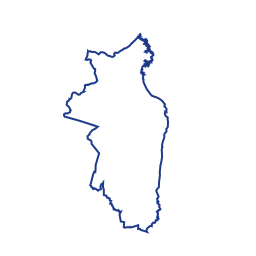 outline of Hå nor, Rogaland, Norway, rotated 214°
{"feature_id": "86288312B80331552977224", "entity_name": "Hå nor", "entity_type": "district", "adm_level": 2, "iso_a3": "NOR", "parent_name": "Norway", "parent_adm1": "Rogaland", "projection": "orthographic", "projection_center": [5.745, 58.591], "detail": "fine", "context": "isolated", "style": "outline", "palette": "blue", "viewbox_px": 256, "rotation_deg": 214, "n_neighbors": 0, "source": "geoboundaries", "source_scale": "gbopen_adm2", "svg_char_len": 5844}
<svg xmlns="http://www.w3.org/2000/svg" viewBox="0 0 256 256"><g transform="rotate(214 128 128)"><path d="M81.7,46.5L78.5,47.8L76.0,43.4L74.8,43.7L73.2,45.3L71.2,46.5L71.0,47.2L70.2,47.1L69.0,48.2L65.2,53.1L63.8,51.3L63.2,49.9L62.5,50.2L61.6,51.0L60.3,50.7L54.2,52.5L54.7,52.7L54.4,53.1L54.9,52.8L55.4,53.4L55.8,54.8L55.9,56.1L54.8,59.2L54.3,59.7L53.4,59.9L54.4,61.5L54.4,62.4L54.2,62.6L54.2,63.6L52.8,64.3L52.7,65.5L53.3,66.4L53.3,66.9L53.1,67.4L52.3,67.9L52.6,68.1L52.3,68.4L52.4,69.0L52.0,69.5L51.9,70.0L52.5,70.6L52.4,70.4L52.7,69.8L53.8,69.9L54.0,70.6L53.3,70.7L53.7,71.1L53.6,71.5L54.9,72.6L55.1,73.6L55.4,74.0L57.1,74.6L56.6,75.7L57.1,75.9L57.1,76.2L56.6,76.6L56.6,77.0L55.9,78.1L55.7,78.8L57.8,79.8L58.3,80.4L58.3,81.0L59.1,82.0L61.2,82.0L61.8,82.6L61.6,83.2L62.1,82.7L62.3,82.9L61.8,83.4L61.4,83.2L61.4,83.8L61.9,84.2L63.2,84.5L64.3,85.6L64.1,86.6L64.3,88.3L69.1,91.4L69.5,91.9L69.7,93.6L69.3,95.8L69.6,96.6L72.2,100.9L75.3,107.1L76.6,108.4L77.3,109.9L80.2,115.1L81.0,117.5L83.8,123.5L88.0,129.0L88.9,130.9L88.7,131.2L89.3,130.7L88.8,131.4L90.0,132.5L90.4,133.3L91.7,136.8L92.5,140.1L93.1,141.3L94.3,142.7L94.5,143.8L94.4,145.2L94.1,146.2L94.5,147.2L95.7,148.5L95.7,149.0L95.5,150.0L95.7,151.3L98.4,155.7L100.4,157.7L100.6,158.7L101.7,159.1L102.9,158.9L103.8,159.2L105.6,160.6L105.8,161.0L105.5,161.0L105.7,162.0L105.2,162.3L105.6,162.5L105.1,162.6L104.9,162.2L104.9,162.6L105.5,162.9L105.8,163.7L105.8,164.0L106.6,165.2L109.0,166.3L110.0,166.3L110.4,167.0L110.6,168.3L114.8,169.6L118.4,169.8L122.2,169.2L123.5,168.6L124.8,168.6L125.8,168.1L128.0,168.5L134.2,170.7L140.5,174.5L141.5,175.5L142.2,176.9L143.0,177.0L143.2,177.5L143.7,177.8L144.2,179.5L144.9,180.0L144.7,180.6L145.1,180.5L145.1,180.8L145.5,180.5L145.1,181.1L145.7,180.7L145.2,181.1L146.0,181.0L145.7,181.3L145.7,181.6L145.1,181.7L145.7,181.8L146.5,180.9L146.3,181.3L147.0,181.2L146.7,181.4L146.6,181.7L147.0,181.4L147.3,181.7L146.7,181.9L146.7,182.3L147.2,182.1L147.4,181.6L147.8,182.1L148.0,181.7L147.8,181.6L148.2,181.6L148.2,181.9L147.8,182.3L148.7,182.7L148.9,183.4L149.2,183.5L148.9,184.2L149.1,184.2L149.6,185.0L150.1,186.3L150.2,187.7L150.0,188.3L149.5,188.6L148.6,188.6L149.3,189.5L149.8,189.8L149.8,190.2L147.7,189.8L147.5,190.1L148.2,190.3L147.4,190.5L147.8,190.8L148.1,191.8L148.9,191.9L148.8,192.4L149.2,192.1L151.0,192.9L151.8,192.8L151.6,193.7L149.7,193.4L149.6,193.5L149.9,193.9L149.2,193.9L149.3,193.5L149.0,193.1L148.3,192.9L148.6,192.8L148.1,192.3L146.9,192.3L146.7,192.7L146.1,191.3L146.2,190.5L145.8,190.4L145.7,191.1L146.3,193.4L147.4,194.4L147.3,195.1L148.1,195.8L146.1,195.2L145.8,195.3L146.8,195.9L146.8,196.1L146.4,196.2L146.4,197.0L145.7,196.8L145.7,198.1L146.1,198.4L147.0,199.2L147.9,199.0L148.4,199.4L148.6,199.8L148.2,200.2L148.2,200.6L148.4,201.2L148.1,200.9L147.8,202.6L148.7,202.7L148.8,202.9L148.7,203.3L149.3,203.3L149.3,203.7L150.4,203.3L150.2,204.3L150.9,204.5L151.0,203.9L152.1,204.0L152.1,203.6L152.9,203.4L152.9,204.2L153.4,204.3L153.8,205.4L154.3,205.5L154.8,205.2L154.9,203.3L155.1,202.3L154.7,201.0L155.6,200.8L155.3,201.2L155.4,201.4L156.1,201.7L155.3,202.1L155.3,203.1L155.5,203.9L155.1,205.0L155.5,205.0L155.4,204.8L156.2,205.0L156.1,205.4L155.6,205.4L155.9,205.9L155.5,205.9L155.5,207.3L156.3,206.9L156.2,207.8L157.5,208.0L157.5,208.4L158.8,208.7L158.9,207.8L157.6,207.9L157.6,207.3L158.1,207.4L158.4,206.4L158.9,206.5L158.7,207.6L159.1,207.6L159.1,207.0L160.8,207.4L161.2,207.1L161.2,207.5L161.7,207.3L161.6,208.8L162.4,210.4L161.3,210.0L161.3,209.6L160.9,209.6L160.9,208.8L160.5,209.0L160.4,209.9L160.5,210.3L161.0,210.3L161.1,210.7L161.0,211.1L162.5,211.7L162.8,209.5L163.9,210.5L164.6,209.7L164.5,209.1L165.1,209.2L165.4,207.9L165.5,208.7L166.3,209.9L167.4,209.6L167.6,208.7L168.8,209.2L169.3,208.9L169.6,209.3L169.7,208.6L170.0,209.6L169.3,210.0L169.5,210.8L169.4,210.9L169.5,210.9L169.4,211.1L169.6,211.3L169.8,212.4L170.4,212.6L170.5,210.5L170.8,209.0L170.6,207.9L170.9,207.2L171.2,204.8L171.7,203.1L171.8,201.6L172.3,200.5L172.2,200.4L172.8,196.6L174.3,193.1L175.9,191.4L175.9,190.6L177.7,186.8L178.5,184.5L181.0,183.1L180.9,181.7L179.6,180.7L180.1,178.7L182.1,177.6L183.5,177.5L185.0,176.7L189.1,177.2L191.7,176.5L193.1,175.3L193.4,172.7L197.4,172.6L198.9,172.0L200.4,170.8L202.1,170.6L203.5,169.3L204.1,169.4L203.7,168.8L203.5,167.8L202.2,165.5L201.8,163.9L201.8,162.5L201.3,161.0L199.5,161.9L199.4,162.6L198.7,162.8L198.4,163.3L196.5,163.6L196.0,162.6L195.8,161.3L195.4,161.0L189.6,158.2L188.2,158.5L187.1,156.8L186.7,155.5L185.9,154.5L183.7,153.2L179.9,150.0L180.2,148.1L181.8,145.4L183.4,144.5L183.7,143.6L184.5,142.6L184.5,142.1L184.7,141.8L185.5,141.7L186.0,140.7L187.0,140.2L187.6,139.3L186.2,137.3L185.3,133.0L185.1,133.1L186.6,130.4L186.7,128.8L187.7,127.9L191.4,127.9L192.6,127.2L193.3,126.4L193.3,125.0L193.0,124.0L191.8,121.3L192.2,119.3L192.6,119.2L192.4,119.0L192.6,118.4L192.4,117.2L193.2,116.2L192.9,115.2L191.8,112.9L188.3,112.3L187.0,111.6L186.1,110.6L185.5,110.7L184.9,108.5L185.8,107.4L186.2,106.2L188.1,105.2L188.7,103.5L188.2,102.8L186.9,102.0L172.2,106.9L153.8,112.2L154.6,109.4L156.4,106.1L156.8,101.8L156.4,101.3L156.3,100.8L157.0,98.5L155.2,96.5L151.8,96.9L150.9,96.5L149.3,94.5L140.6,91.8L140.5,91.1L140.3,91.7L137.8,90.9L134.1,79.2L131.8,75.7L130.5,73.2L131.5,73.0L131.1,70.5L127.1,59.3L126.1,59.3L125.1,58.5L124.6,58.8L122.9,58.5L123.0,58.0L122.6,57.9L121.9,58.7L122.0,59.2L120.7,59.5L117.8,59.3L117.6,60.5L116.3,61.8L116.2,62.3L118.1,64.0L118.7,66.6L118.0,67.2L118.0,68.7L115.8,65.1L113.7,63.5L110.4,58.8L108.2,59.8L106.5,58.6L106.1,59.1L104.9,58.8L104.0,59.4L103.4,59.1L103.1,58.3L102.7,57.9L101.5,58.0L101.6,57.8L100.8,56.7L100.4,55.3L99.2,55.9L98.9,55.4L97.7,55.1L97.6,54.6L96.3,54.3L95.3,53.5L94.3,53.4L94.5,52.8L94.4,52.5L91.5,53.4L91.0,53.3L90.5,53.7L90.3,54.5L88.7,54.3L88.6,53.7L87.7,53.3L87.1,54.4L86.6,51.5L81.7,46.5Z" fill="none" stroke="#1e3a8a" stroke-width="2"/></g></svg>